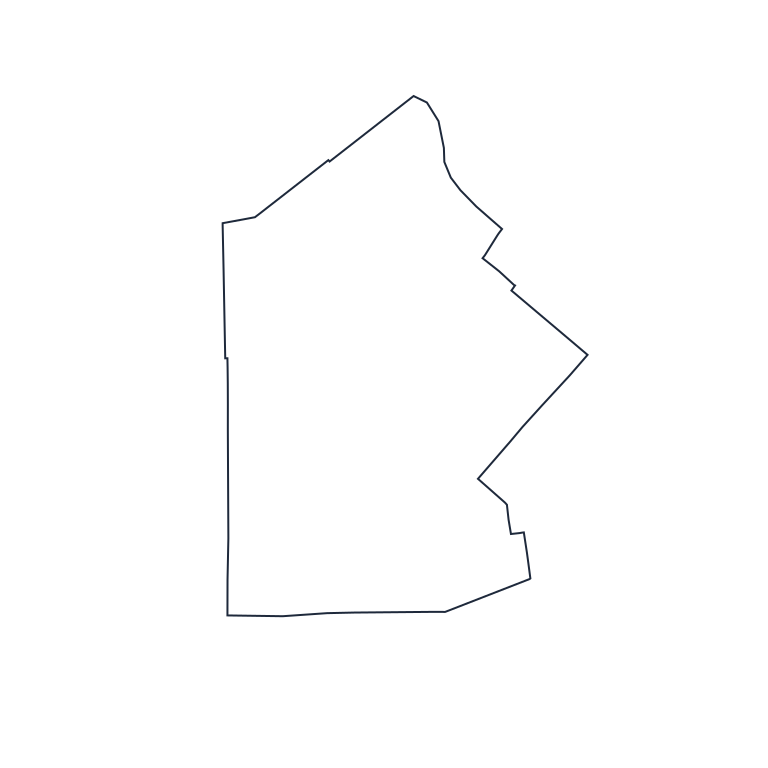 A L Labban, Al Iskandariyah, Egypt, rotated 114°
{"feature_id": "37247803B27556754464057", "entity_name": "A L Labban", "entity_type": "district", "adm_level": 2, "iso_a3": "EGY", "parent_name": "Egypt", "parent_adm1": "Al Iskandariyah", "projection": "mercator", "projection_center": [29.891, 31.191], "detail": "fine", "context": "isolated", "style": "outline", "palette": "slate", "viewbox_px": 768, "rotation_deg": 114, "n_neighbors": 0, "source": "geoboundaries", "source_scale": "gbopen_adm2", "svg_char_len": 1066}
<svg xmlns="http://www.w3.org/2000/svg" viewBox="0 0 768 768"><g transform="rotate(114 384 384)"><path d="M659.1,432.9L637.3,382.0L616.5,342.8L604.8,318.0L571.7,245.4L568.1,237.2L567.6,236.0L567.3,235.4L503.0,171.7L502.5,171.4L502.1,171.2L485.8,181.2L480.0,184.8L478.9,185.5L462.7,195.9L463.6,197.4L464.5,198.7L465.1,199.6L469.4,207.0L457.3,215.0L444.3,222.6L444.1,223.1L443.2,225.1L434.3,253.5L432.4,259.6L388.6,246.3L387.4,245.9L366.9,240.0L338.9,230.8L300.5,217.8L274.6,209.9L272.2,218.1L266.4,238.0L246.8,305.6L240.7,304.4L240.7,305.4L234.2,324.6L229.0,345.1L225.8,344.3L225.4,344.2L202.2,340.9L199.9,340.5L197.7,340.0L194.4,339.2L184.3,371.9L184.1,372.4L175.9,393.0L168.3,406.9L156.6,419.2L144.0,425.3L121.7,441.1L109.4,459.3L108.9,474.1L202.9,524.2L202.4,525.2L202.1,525.9L280.6,567.8L282.4,568.8L284.1,569.7L290.8,579.4L302.7,596.8L304.1,596.2L305.4,595.6L344.3,577.3L403.1,549.8L425.1,539.5L424.2,537.5L432.3,533.7L447.1,526.9L466.0,518.4L489.2,508.1L505.4,500.8L588.3,463.4L626.3,447.4L659.1,432.9Z" fill="none" stroke="#1e293b" stroke-width="2"/></g></svg>